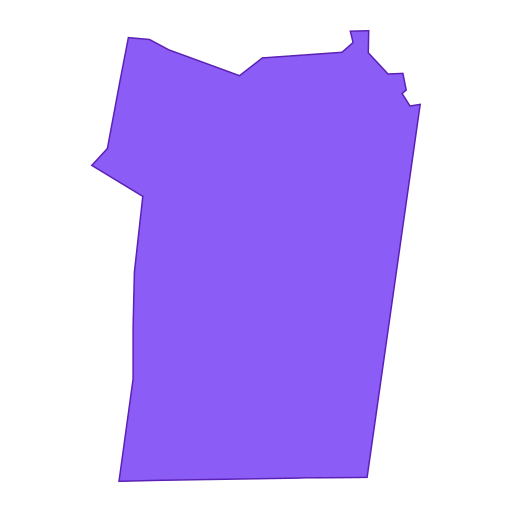 outline of Christian, Kentucky, United States of America
{"feature_id": "52423323B93748652939818", "entity_name": "Christian", "entity_type": "district", "adm_level": 2, "iso_a3": "USA", "parent_name": "United States of America", "parent_adm1": "Kentucky", "projection": "mercator", "projection_center": [-87.48, 36.897], "detail": "fine", "context": "isolated", "style": "filled", "palette": "violet", "viewbox_px": 512, "rotation_deg": 0, "n_neighbors": 0, "source": "geoboundaries", "source_scale": "gbopen_adm2", "svg_char_len": 560}
<svg xmlns="http://www.w3.org/2000/svg" viewBox="0 0 512 512"><path d="M367.1,477.4L420.2,104.4L410.0,106.0L402.1,93.5L406.2,90.0L402.9,73.4L388.0,74.0L368.3,52.8L368.7,30.7L350.3,31.2L353.1,42.5L342.0,52.3L262.4,57.9L239.5,75.7L168.7,49.8L149.5,39.5L128.4,37.6L120.1,80.4L107.4,148.5L91.8,165.4L142.8,196.4L134.4,272.2L133.1,327.1L133.1,378.9L126.9,424.0L119.0,481.3L155.7,480.4L208.5,479.5L209.8,479.5L291.3,478.2L297.5,478.1L305.4,477.8L312.8,477.8L332.7,477.7L358.9,477.5L361.5,477.4L367.1,477.4Z" fill="#8b5cf6" stroke="#5b21b6" stroke-width="1.5"/></svg>